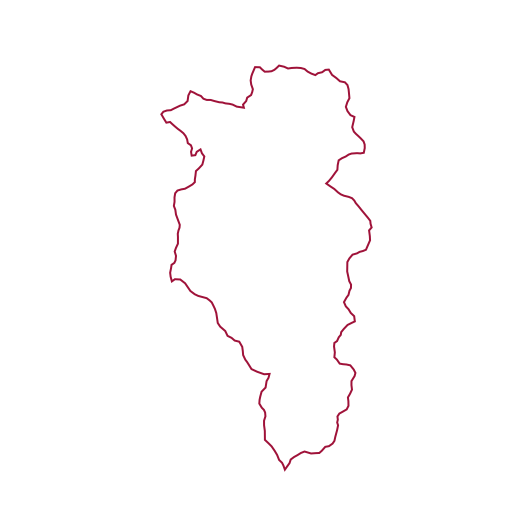 the district of Taquaritinga, São Paulo, Brazil, rotated 105°
{"feature_id": "56859067B88772745277666", "entity_name": "Taquaritinga", "entity_type": "district", "adm_level": 2, "iso_a3": "BRA", "parent_name": "Brazil", "parent_adm1": "São Paulo", "projection": "mercator", "projection_center": [-48.54, -21.441], "detail": "fine", "context": "isolated", "style": "outline", "palette": "rose", "viewbox_px": 512, "rotation_deg": 105, "n_neighbors": 0, "source": "geoboundaries", "source_scale": "gbopen_adm2", "svg_char_len": 3628}
<svg xmlns="http://www.w3.org/2000/svg" viewBox="0 0 512 512"><g transform="rotate(105 256 256)"><path d="M96.2,196.9L95.5,201.2L92.4,205.1L88.7,207.8L83.9,207.6L79.4,206.6L74.2,208.5L70.8,209.8L67.2,211.9L65.2,215.1L65.5,220.1L63.3,224.5L61.4,229.4L57.1,233.9L58.3,237.2L61.4,239.7L63.4,243.5L65.9,245.5L65.5,249.7L64.5,253.9L62.8,257.5L62.8,261.3L63.6,265.4L65.1,270.1L66.6,273.6L65.9,277.8L66.1,283.0L69.1,284.8L71.4,286.4L73.5,288.8L74.7,291.9L75.7,295.3L74.2,298.5L72.7,301.1L73.8,305.8L80.8,306.8L83.6,307.0L87.8,306.6L91.6,305.0L95.7,302.2L98.6,302.1L101.8,302.4L105.3,305.5L108.9,305.6L113.1,307.7L115.9,306.1L116.7,313.3L115.8,317.8L115.9,321.1L116.5,325.1L116.4,328.1L117.0,331.2L117.1,336.2L117.0,340.1L118.0,344.1L117.7,347.5L115.7,350.6L115.2,354.8L114.3,358.2L113.8,361.9L118.4,362.9L124.0,362.2L128.1,364.6L130.4,368.2L135.0,373.6L137.2,376.0L138.5,379.7L140.6,382.8L143.6,384.1L147.3,380.4L150.4,377.1L148.8,373.7L150.2,371.1L151.7,368.1L153.4,364.5L154.6,361.4L156.2,357.9L158.3,355.1L161.2,352.7L164.6,351.1L165.9,347.5L168.6,345.6L172.2,345.7L175.7,344.1L174.3,340.7L170.7,340.2L167.4,337.2L170.8,334.8L173.2,331.7L177.6,331.5L181.6,331.5L186.2,333.9L189.5,336.0L194.0,335.3L197.8,334.9L200.5,334.2L203.3,335.9L206.1,338.6L209.4,342.0L211.0,345.4L213.1,348.8L216.3,350.3L220.4,349.9L224.8,348.7L228.9,348.3L232.2,345.9L236.7,344.0L241.8,340.4L245.6,337.7L248.5,337.2L251.5,337.5L254.8,337.3L257.9,336.3L264.3,334.6L268.9,335.4L272.7,335.7L276.6,333.3L281.0,332.6L283.8,333.1L286.4,335.3L289.7,334.9L294.4,334.6L298.1,333.1L302.3,330.7L299.4,328.3L298.3,323.1L300.7,317.4L306.8,310.3L308.8,305.3L309.5,301.5L309.5,296.7L309.5,292.7L310.9,289.3L312.3,286.7L315.0,284.3L317.7,282.0L321.4,279.6L326.2,277.5L330.6,275.6L333.5,272.3L336.4,266.3L340.5,262.8L341.4,258.4L343.2,254.7L343.1,250.0L347.3,245.8L351.1,244.2L355.0,242.8L358.9,239.5L360.7,237.2L363.0,234.7L366.4,231.1L367.5,225.0L368.1,217.5L366.4,212.4L370.5,212.4L374.1,213.4L380.6,212.7L385.6,215.5L390.8,215.5L394.1,215.3L397.7,214.6L401.0,211.2L402.6,208.5L404.8,206.7L408.4,205.4L413.0,205.6L417.4,204.4L422.7,202.2L431.3,199.8L433.5,195.7L435.8,191.7L439.4,187.5L442.7,184.1L447.0,180.9L449.0,177.3L451.4,175.2L454.9,172.8L451.6,171.6L447.4,170.0L443.6,169.8L440.3,167.2L437.6,164.4L434.6,161.6L432.3,158.5L432.5,151.7L430.9,147.1L429.9,143.9L427.2,142.1L422.4,139.7L420.8,136.3L417.4,133.5L414.3,132.4L410.2,132.6L403.1,132.6L398.3,132.9L395.8,134.5L392.9,134.6L389.9,135.8L386.6,134.7L384.2,132.2L380.7,128.7L376.8,127.9L372.3,129.2L368.8,130.6L364.7,129.5L360.2,128.7L356.0,130.4L352.1,131.4L346.5,129.7L343.2,129.7L340.4,132.2L337.2,136.6L337.4,140.6L338.0,144.0L338.3,147.3L335.1,151.1L333.5,154.1L328.7,154.9L323.2,157.2L319.7,157.8L317.2,155.7L313.0,155.0L310.3,153.7L307.5,154.0L303.7,152.3L298.9,149.7L295.7,146.1L293.6,143.6L288.7,145.6L286.5,149.7L283.5,152.8L281.4,156.2L277.8,159.1L272.7,157.8L269.7,156.6L265.3,156.7L262.3,156.0L259.0,156.8L256.2,159.4L250.3,162.4L247.4,163.9L238.2,166.2L234.2,165.2L229.7,163.1L227.3,159.1L225.2,157.0L223.5,154.0L221.5,151.4L216.1,150.6L211.3,149.9L207.3,151.2L202.0,153.4L198.5,151.7L195.2,153.7L192.5,154.7L190.4,157.4L184.5,165.7L181.4,169.9L179.1,173.3L177.0,175.4L175.3,178.2L174.9,181.7L175.0,186.7L174.5,190.1L173.3,193.3L171.0,197.7L169.5,202.2L167.8,206.9L164.5,204.9L160.3,203.0L155.2,201.1L151.7,199.7L147.1,200.6L142.2,200.9L139.3,198.3L136.7,195.1L134.0,192.7L132.3,190.2L130.5,185.0L129.9,181.8L128.4,178.6L123.6,178.9L120.2,179.9L117.4,181.8L115.2,185.4L113.6,188.3L112.1,191.2L110.5,193.7L106.7,196.4L100.3,196.6L96.2,196.9Z" fill="none" stroke="#9f1239" stroke-width="2"/></g></svg>